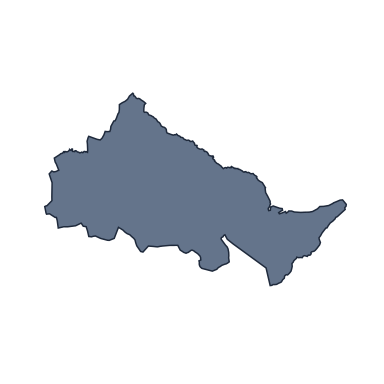 Sumaila, Kano, Nigeria (Mercator projection), rotated 256°
{"feature_id": "59680162B87731060313783", "entity_name": "Sumaila", "entity_type": "district", "adm_level": 2, "iso_a3": "NGA", "parent_name": "Nigeria", "parent_adm1": "Kano", "projection": "mercator", "projection_center": [8.898, 11.256], "detail": "fine", "context": "isolated", "style": "filled", "palette": "slate", "viewbox_px": 384, "rotation_deg": 256, "n_neighbors": 0, "source": "geoboundaries", "source_scale": "gbopen_adm2", "svg_char_len": 5967}
<svg xmlns="http://www.w3.org/2000/svg" viewBox="0 0 384 384"><g transform="rotate(256 192 192)"><path d="M258.2,66.6L254.2,66.5L252.1,67.1L245.4,68.0L244.8,65.1L244.9,62.8L246.3,61.1L244.1,57.8L242.6,57.9L234.9,58.5L221.4,54.9L217.5,54.0L213.8,48.0L213.8,47.0L213.5,45.6L207.0,45.3L205.7,45.5L205.3,48.5L200.4,53.1L200.3,54.1L200.0,54.3L196.8,54.3L189.4,53.5L189.3,59.2L188.3,63.1L187.4,70.9L188.6,76.8L188.5,77.0L185.1,78.2L184.0,80.9L179.5,81.2L173.8,81.1L172.8,83.7L172.9,85.3L172.7,87.6L169.0,92.2L165.6,98.4L165.1,100.0L165.8,105.3L175.5,112.1L171.9,115.7L170.4,116.6L169.0,117.5L167.2,119.1L165.6,121.3L163.2,122.8L161.1,124.3L159.2,125.1L156.5,125.1L153.1,125.4L146.7,127.8L145.6,129.9L150.1,136.6L148.5,141.4L147.5,144.1L147.1,145.4L147.0,147.8L146.7,150.4L145.6,157.4L143.7,165.3L138.5,166.5L135.2,169.6L134.5,170.8L134.0,171.4L134.2,172.1L134.3,173.8L135.7,177.2L135.4,178.4L133.9,180.0L132.9,180.6L132.2,181.4L131.5,182.0L129.9,183.2L128.8,183.7L128.1,184.2L126.6,184.5L125.9,184.4L124.7,184.2L123.9,184.1L123.6,182.8L123.5,182.1L122.1,182.1L120.7,181.7L120.4,181.7L119.8,181.5L119.3,181.5L119.2,181.6L118.3,181.6L117.1,182.0L115.5,183.1L110.3,192.6L111.0,197.4L112.1,198.9L112.7,200.5L112.9,201.6L113.6,203.0L114.0,206.3L114.0,207.7L114.4,209.3L115.2,211.2L117.0,211.4L119.2,211.6L121.2,212.3L124.6,213.0L128.1,213.2L130.2,212.8L132.4,211.6L139.1,208.9L140.1,209.1L140.7,209.7L141.0,211.2L142.0,212.1L142.4,212.9L142.5,213.6L137.6,214.8L131.6,219.4L100.4,245.5L82.3,245.2L82.1,246.9L82.6,248.2L82.1,250.1L81.9,251.8L82.5,253.9L82.7,255.4L83.1,257.0L84.9,258.7L86.0,260.7L88.0,261.5L88.7,262.6L88.9,263.6L88.4,264.7L89.6,266.8L91.2,268.9L93.1,270.0L95.5,271.2L98.4,271.7L99.5,273.3L100.7,274.2L101.5,275.6L102.3,277.2L103.4,277.9L102.5,279.5L102.1,281.9L101.6,283.0L102.9,284.5L103.0,285.9L101.6,288.3L102.6,289.5L102.3,290.4L102.3,291.7L103.3,292.7L104.4,292.7L104.9,293.4L105.0,294.6L105.0,296.1L105.6,297.5L107.0,299.5L109.9,303.1L112.0,304.4L114.2,304.1L115.7,304.0L116.9,304.2L118.5,306.2L120.7,308.2L124.6,313.1L124.5,314.3L126.4,316.1L128.5,318.6L129.7,321.6L131.3,324.3L132.6,325.3L132.9,327.0L134.6,330.1L138.0,336.4L139.8,336.4L140.9,338.0L142.7,338.7L147.9,336.2L148.3,333.7L147.7,330.0L147.2,326.5L146.9,326.2L145.8,321.4L146.2,316.3L147.0,312.5L145.3,309.7L143.9,304.3L144.1,300.8L145.0,296.9L145.9,292.5L147.8,286.5L149.4,284.1L150.2,281.3L149.3,280.1L148.7,278.3L150.4,278.0L149.9,274.4L149.7,271.9L149.7,271.5L151.0,271.1L152.0,273.8L152.3,275.4L153.3,275.5L154.1,275.5L155.0,273.2L158.8,267.4L158.4,265.0L157.4,264.3L155.3,263.6L155.4,261.9L156.9,261.8L157.8,262.1L158.0,262.4L158.6,263.2L159.4,264.0L160.1,264.2L160.8,264.7L161.0,265.1L161.6,265.3L162.4,265.3L163.2,265.2L164.1,265.6L169.6,264.4L173.6,263.3L178.3,263.9L178.4,264.3L184.1,262.5L185.8,260.6L187.5,259.1L188.9,258.6L189.7,258.1L190.3,258.0L190.6,258.2L190.8,258.6L191.3,258.6L192.0,258.1L192.6,257.4L193.0,257.0L194.1,256.2L195.1,255.8L195.3,254.7L195.4,253.8L195.8,253.1L196.7,252.4L197.4,251.5L197.4,250.5L198.1,249.4L198.7,249.2L198.9,248.1L198.6,247.4L199.1,246.6L200.3,245.9L200.6,245.4L200.8,245.3L201.2,244.9L201.8,244.2L202.5,243.6L202.7,242.7L203.0,242.4L203.4,242.3L203.7,242.2L203.7,241.6L204.1,240.7L204.0,240.2L204.5,239.8L204.8,239.4L204.8,239.2L204.6,239.0L204.7,238.9L204.8,238.6L205.1,238.5L205.3,238.4L207.0,236.6L206.7,236.5L206.2,236.2L206.3,236.0L206.4,235.8L206.7,235.5L206.3,235.0L206.3,234.7L206.6,234.3L207.0,233.7L207.4,232.5L207.2,232.0L206.9,231.7L206.8,231.3L207.3,230.9L207.6,230.4L207.6,229.7L207.1,228.0L208.3,227.4L209.1,226.8L209.8,226.7L212.9,224.2L213.9,222.9L215.4,222.1L216.3,221.4L217.0,221.7L217.7,221.5L218.3,220.7L219.1,220.4L220.1,220.2L220.3,220.6L220.2,221.2L220.9,221.3L221.5,221.3L221.9,221.1L222.0,220.5L221.7,220.3L221.8,219.9L222.2,219.6L222.5,218.8L222.9,218.2L223.4,217.5L224.1,217.0L225.0,217.0L225.8,216.7L226.7,216.5L228.3,214.9L228.3,214.0L228.6,213.8L229.2,213.6L229.9,213.7L231.4,212.1L231.2,211.3L231.6,210.3L232.0,209.6L233.3,208.1L234.2,207.6L234.9,207.7L235.3,208.0L235.8,208.2L236.1,208.0L236.4,206.7L236.6,206.3L237.3,206.1L238.7,206.2L240.5,205.3L241.3,205.0L241.2,204.1L241.4,202.5L241.7,202.3L242.3,202.2L243.2,201.1L243.4,199.2L244.5,198.1L244.9,197.2L245.8,196.8L246.9,196.2L247.5,195.2L247.8,194.2L248.8,193.9L249.6,193.0L250.1,192.1L251.1,191.6L252.0,191.0L251.5,190.2L251.8,189.0L251.7,187.6L252.9,185.6L255.3,182.1L256.2,181.9L257.7,182.0L259.0,182.2L260.3,181.7L261.5,180.7L262.2,179.4L263.5,178.1L264.8,177.9L266.4,177.5L267.5,176.9L268.5,175.8L271.5,174.8L272.9,173.3L274.3,172.6L274.9,171.8L276.0,170.8L277.3,168.7L279.4,168.2L280.3,167.3L280.7,166.2L280.8,165.2L281.6,164.7L283.3,165.1L284.7,165.5L286.5,166.2L288.1,166.8L288.7,167.7L289.2,168.5L291.5,166.9L293.5,165.0L295.1,163.8L295.7,162.9L295.8,161.5L296.5,160.6L297.7,160.2L299.1,159.5L299.3,158.8L300.3,158.8L301.4,158.9L301.8,158.3L302.1,158.3L301.8,157.6L300.2,154.5L297.6,152.0L296.2,149.1L295.5,145.9L294.4,142.7L289.4,141.4L286.7,140.3L285.9,139.2L281.6,136.3L279.7,134.6L279.8,133.3L275.3,129.2L272.4,128.1L270.6,126.9L271.1,124.3L271.8,122.4L268.8,120.4L266.0,117.8L264.7,115.5L266.1,112.6L271.0,105.3L270.1,104.5L266.7,102.5L263.7,102.1L257.4,100.8L255.8,100.2L256.0,100.0L256.5,99.8L256.7,99.5L256.7,99.2L256.5,98.9L256.4,98.7L256.9,98.3L257.3,97.7L257.4,97.0L257.1,96.6L256.8,96.2L256.6,95.8L256.6,95.5L256.8,95.2L257.1,95.1L257.4,94.6L257.3,94.3L257.2,94.0L257.1,92.7L257.4,92.2L257.8,92.0L258.2,91.4L258.6,90.5L260.0,89.5L260.1,89.3L260.3,88.8L260.3,88.5L259.9,88.3L259.6,88.1L259.6,87.7L260.0,87.2L260.0,86.8L260.1,86.2L260.4,85.9L261.2,86.0L261.7,86.0L262.2,86.3L262.5,86.4L262.8,86.1L262.8,85.8L262.6,85.4L261.8,84.9L262.0,84.1L262.3,83.9L262.2,83.9L262.5,83.5L262.5,83.2L262.0,82.8L261.3,81.5L261.2,80.6L261.3,80.0L261.7,79.4L261.9,78.8L261.5,78.4L261.3,77.8L262.1,77.8L262.2,77.3L261.5,76.4L261.2,76.1L260.9,75.4L261.0,74.5L260.8,73.6L260.4,73.0L258.2,66.6Z" fill="#64748b" stroke="#1e293b" stroke-width="1.5"/></g></svg>